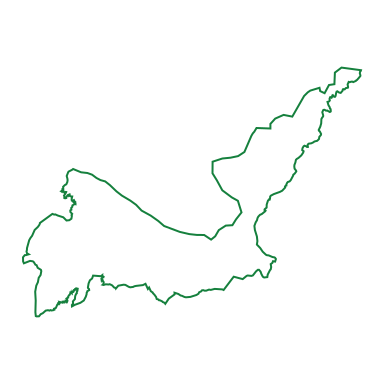 the district of Fanteakwa South, Eastern, Ghana
{"feature_id": "2480657B5172435396617", "entity_name": "Fanteakwa South", "entity_type": "district", "adm_level": 2, "iso_a3": "GHA", "parent_name": "Ghana", "parent_adm1": "Eastern", "projection": "robinson", "projection_center": [-0.395, 6.371], "detail": "fine", "context": "isolated", "style": "outline", "palette": "green", "viewbox_px": 384, "rotation_deg": 0, "n_neighbors": 0, "source": "geoboundaries", "source_scale": "gbopen_adm2", "svg_char_len": 5859}
<svg xmlns="http://www.w3.org/2000/svg" viewBox="0 0 384 384"><path d="M361.0,70.2L341.5,67.6L334.9,72.6L334.4,84.2L329.0,85.0L324.6,93.2L320.2,91.1L319.5,87.8L310.3,90.6L307.8,92.3L304.1,96.0L292.3,116.6L283.6,114.9L275.2,118.6L270.4,123.9L270.4,128.5L256.5,128.0L254.3,131.7L252.8,133.4L251.4,135.8L244.4,152.0L238.1,156.1L230.5,157.7L222.4,158.5L212.6,161.7L212.5,173.3L216.9,180.4L222.3,190.3L231.8,197.4L237.9,200.8L241.5,212.4L236.0,219.4L232.4,225.2L225.8,225.6L218.8,230.1L215.2,236.3L211.1,239.6L204.2,235.0L196.6,234.9L189.3,234.1L179.8,231.9L164.1,226.0L158.3,221.0L150.7,215.6L141.6,210.6L136.1,204.8L130.3,200.6L121.9,195.6L116.5,191.4L109.9,185.1L105.2,181.4L100.5,180.1L96.5,178.0L92.1,174.7L87.4,173.0L81.1,172.3L73.1,169.0L72.1,169.8L68.6,171.6L68.2,172.2L66.7,176.0L67.4,178.6L67.6,180.2L67.3,182.1L66.3,184.3L64.8,185.1L63.1,186.8L63.3,188.2L62.6,188.8L63.1,189.4L62.0,190.3L62.5,191.0L61.4,191.4L62.1,191.9L62.5,191.3L63.1,191.5L63.6,191.2L64.0,192.2L64.5,192.4L65.7,191.9L66.2,192.0L66.0,192.7L64.6,193.0L65.0,194.2L64.0,195.6L64.4,196.3L64.3,198.0L65.1,198.3L66.3,198.0L66.4,197.0L67.6,195.2L68.0,195.0L68.3,195.5L68.6,194.9L69.6,194.4L69.7,194.8L69.0,195.4L69.4,195.8L70.7,196.4L72.2,196.5L71.6,199.1L71.8,200.6L72.3,200.9L73.9,200.1L74.0,200.4L73.5,201.0L73.5,201.8L74.8,201.5L75.2,201.9L75.0,202.2L74.3,202.3L74.2,202.8L74.6,203.7L75.5,203.6L75.5,204.2L74.8,204.0L72.4,205.4L72.3,206.8L71.2,208.0L71.4,209.7L70.3,210.4L70.4,212.0L72.2,213.9L71.5,215.1L71.9,215.8L71.4,218.7L69.3,220.2L66.5,220.5L63.3,217.3L57.7,215.5L55.3,214.4L54.2,214.6L52.4,213.9L39.9,223.0L39.9,223.6L39.2,225.1L37.8,227.0L34.7,229.9L32.1,235.8L30.5,237.9L29.2,240.2L27.0,248.1L26.9,250.1L26.5,251.4L27.0,253.3L28.7,254.3L26.0,255.1L24.8,255.1L23.0,257.3L23.1,261.4L23.9,263.3L30.0,260.9L32.8,261.3L33.8,262.1L35.4,264.7L36.6,265.2L37.7,267.8L40.9,269.8L41.3,271.1L40.6,275.0L38.7,277.8L37.9,282.2L36.3,285.6L35.2,291.7L35.7,300.5L35.4,312.3L35.8,316.1L36.6,316.4L39.0,316.3L40.7,314.2L42.8,313.2L45.7,310.6L48.0,310.2L49.5,310.6L50.5,310.1L51.5,310.5L53.7,310.1L53.9,309.6L54.4,309.5L54.1,308.7L55.9,307.9L57.3,304.6L58.0,304.4L58.1,303.1L58.6,302.8L59.1,303.3L59.1,302.8L59.4,302.7L59.3,302.3L59.8,302.6L59.9,302.0L62.6,302.7L62.9,302.1L63.3,302.2L63.0,301.6L63.8,301.5L63.8,302.0L64.2,302.2L65.8,301.0L66.4,302.4L66.8,302.4L67.3,301.2L66.8,300.7L67.2,300.7L67.4,300.5L66.5,298.7L67.2,298.5L67.2,298.0L67.5,297.7L68.2,297.5L68.2,296.5L69.1,295.1L69.6,294.9L70.0,293.9L70.4,293.4L70.4,292.5L71.0,292.6L71.7,293.2L71.6,292.2L72.0,292.4L72.2,291.7L72.5,292.2L73.1,292.0L73.0,291.6L73.5,291.5L74.1,290.5L74.1,290.0L74.4,290.0L74.8,289.3L75.5,289.6L75.7,288.7L76.1,288.3L77.7,288.7L77.4,290.9L76.8,291.9L76.8,293.3L76.0,294.1L75.2,296.1L74.9,299.1L72.9,301.4L73.1,303.5L71.9,305.0L72.0,306.4L74.9,304.8L80.4,302.8L83.8,300.5L85.8,296.7L86.6,294.2L86.7,292.7L87.2,291.9L87.3,291.2L89.2,290.1L89.0,289.0L88.0,288.0L87.9,287.5L88.6,283.4L89.9,280.3L92.1,278.5L93.1,275.6L100.9,276.2L102.2,275.2L102.1,276.2L103.2,276.4L103.6,276.7L103.4,277.3L102.7,277.3L101.4,278.6L101.6,279.9L101.8,279.5L102.1,279.4L102.7,280.1L102.8,281.1L103.5,281.7L103.7,282.6L103.4,283.4L103.4,284.4L102.8,284.8L103.5,285.0L105.7,284.3L108.8,284.5L109.6,284.2L110.2,284.4L112.2,285.4L114.0,287.4L115.1,287.9L115.9,287.9L116.0,288.4L118.3,285.7L123.6,284.7L125.4,284.9L128.7,286.8L130.2,287.3L133.2,286.9L134.3,286.3L136.1,285.9L142.9,285.1L145.5,283.8L147.9,289.0L149.1,287.5L150.8,291.2L152.7,292.5L152.8,293.0L154.5,294.8L156.1,297.0L156.7,299.0L158.5,299.5L158.9,300.2L160.2,300.4L162.4,301.5L162.7,302.0L164.6,302.8L165.3,303.8L168.8,298.6L174.6,294.4L174.5,292.7L178.4,294.0L180.6,295.5L182.0,295.8L184.5,297.0L186.0,297.3L190.4,296.9L196.4,295.0L198.5,293.7L199.1,292.3L201.1,291.4L202.0,290.3L203.4,290.2L204.6,290.7L206.1,290.7L209.0,289.6L210.8,289.9L214.7,288.9L222.3,289.4L223.6,290.0L233.7,276.7L242.7,279.1L246.6,275.9L247.7,275.5L251.5,275.9L252.9,275.4L256.1,271.3L257.9,269.8L259.0,269.8L260.6,271.7L261.3,273.8L262.8,276.7L264.1,277.5L267.3,277.1L267.7,274.6L270.0,270.1L270.7,269.4L271.2,267.0L270.7,264.1L272.4,262.9L273.0,261.2L275.1,261.6L275.9,259.0L275.1,257.8L274.5,257.4L272.4,257.0L268.7,255.4L266.9,255.2L265.9,254.7L262.7,251.7L260.2,248.0L256.9,244.6L257.4,241.1L256.9,236.5L254.9,230.0L254.4,225.9L255.7,222.3L257.0,220.2L257.5,218.1L258.3,216.6L260.0,214.8L261.7,214.1L265.3,211.2L265.5,210.7L264.6,210.4L264.5,209.8L264.7,209.2L266.6,207.6L266.7,204.6L267.9,200.8L268.4,200.1L269.7,199.6L269.5,198.8L270.0,198.5L270.2,196.5L270.8,195.7L273.8,194.1L279.9,191.9L282.2,190.7L285.2,187.5L285.0,186.5L285.6,185.8L286.4,185.5L286.3,184.6L287.2,182.7L287.8,182.0L289.6,181.4L290.7,180.2L293.2,175.5L293.3,174.7L294.7,173.6L296.3,171.4L296.1,170.6L294.6,168.7L294.3,166.7L294.4,165.0L295.4,162.4L295.9,159.9L296.7,159.0L298.5,157.9L301.3,155.4L303.2,152.6L303.6,151.2L302.2,150.1L302.5,148.2L303.6,146.3L304.5,145.7L306.1,146.3L307.1,147.0L307.9,146.9L307.6,145.1L307.8,144.5L308.6,143.7L311.3,143.3L313.4,142.3L314.4,141.5L317.2,140.8L319.0,139.0L319.3,136.9L320.9,135.0L321.1,134.0L319.8,131.4L319.0,130.8L318.7,130.0L320.3,126.6L321.2,123.4L321.4,119.0L322.3,117.4L323.1,116.5L323.2,115.4L322.3,112.2L322.7,111.3L323.2,110.1L323.9,109.8L324.6,109.8L326.1,110.7L327.1,110.5L329.8,112.0L330.5,111.7L330.8,111.2L330.6,109.1L329.9,108.4L329.7,107.2L328.5,105.3L327.5,101.9L329.1,101.4L329.8,100.5L329.5,98.9L330.1,97.2L330.7,97.1L331.6,97.7L332.1,96.9L332.3,95.4L332.8,95.1L333.9,96.5L334.2,96.8L335.0,96.8L335.6,95.9L336.1,93.1L336.6,91.6L337.4,91.3L339.0,92.5L340.7,92.9L342.6,90.7L342.8,89.5L343.2,89.1L344.6,89.4L345.8,88.1L347.9,87.7L348.1,87.1L347.6,84.4L348.7,81.9L349.7,82.2L351.1,81.7L352.6,81.7L353.2,82.1L355.9,80.9L356.2,80.4L357.1,79.9L360.3,76.1L360.4,75.4L359.8,73.2L360.1,71.6L360.8,70.9L361.0,70.2Z" fill="none" stroke="#15803d" stroke-width="2"/></svg>